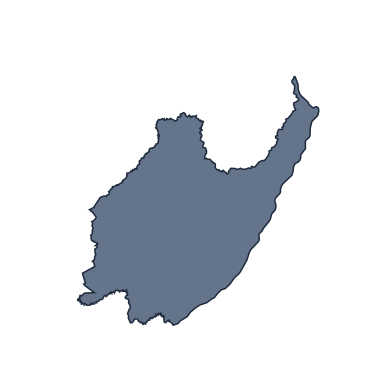 Rorainópolis, Roraima, Brazil (Natural Earth projection), rotated 203°
{"feature_id": "56859067B89406114023210", "entity_name": "Rorainópolis", "entity_type": "district", "adm_level": 2, "iso_a3": "BRA", "parent_name": "Brazil", "parent_adm1": "Roraima", "projection": "natural_earth1", "projection_center": [-60.884, -0.216], "detail": "fine", "context": "isolated", "style": "filled", "palette": "slate", "viewbox_px": 384, "rotation_deg": 203, "n_neighbors": 0, "source": "geoboundaries", "source_scale": "gbopen_adm2", "svg_char_len": 6003}
<svg xmlns="http://www.w3.org/2000/svg" viewBox="0 0 384 384"><g transform="rotate(203 192 192)"><path d="M143.0,338.2L142.9,335.5L143.5,333.9L143.2,332.7L142.4,331.7L139.1,330.0L137.6,326.0L137.1,322.6L133.8,322.1L133.1,320.1L131.1,319.8L130.0,319.3L129.6,318.5L131.4,315.5L133.0,314.0L132.7,312.5L130.3,309.2L128.7,308.5L128.9,307.6L130.7,305.6L130.6,303.2L132.6,297.0L134.1,295.8L133.1,294.2L133.1,292.9L134.5,290.0L133.3,288.0L134.5,286.8L133.3,285.4L133.4,284.7L136.4,283.7L136.7,282.8L136.6,279.3L135.2,277.2L136.6,276.5L136.7,275.3L135.9,274.3L133.3,274.3L133.6,271.2L133.0,269.3L133.9,265.8L135.8,264.2L135.4,261.6L137.1,259.8L136.2,258.2L136.1,255.1L137.1,250.7L137.9,249.1L139.7,248.4L142.1,245.7L143.9,239.6L144.5,239.0L147.0,239.0L147.3,238.5L146.8,236.7L149.3,236.2L150.8,234.6L154.0,232.7L156.5,232.9L159.0,230.5L161.3,230.5L165.3,229.1L165.9,227.9L165.8,226.6L166.5,225.5L165.8,223.6L166.9,222.2L168.2,223.2L169.9,223.2L171.4,224.2L172.1,223.8L172.3,222.3L173.1,222.7L174.7,222.1L176.1,223.1L177.1,222.4L178.0,222.3L180.5,223.8L181.0,226.1L181.8,227.2L183.5,227.4L184.2,227.0L184.8,227.9L186.2,228.0L187.4,228.9L188.6,229.1L190.8,228.1L191.9,228.7L193.1,227.6L194.1,229.2L194.3,230.9L193.8,233.6L194.7,234.5L194.5,235.4L196.8,237.9L199.0,237.3L199.9,238.1L200.2,239.1L199.9,240.7L200.5,242.4L203.9,242.7L204.9,243.4L204.7,244.3L205.3,246.4L204.7,246.7L205.1,248.2L206.3,248.4L206.6,249.5L207.4,248.9L208.2,249.8L207.7,251.8L206.8,252.8L208.1,253.6L209.4,253.3L209.6,253.7L208.4,254.9L209.0,255.9L208.5,257.3L209.2,260.1L208.9,261.1L209.7,261.5L210.4,260.5L211.1,260.9L212.0,260.3L212.3,261.2L211.6,261.6L213.5,260.9L215.1,261.9L216.2,261.7L217.6,262.3L217.8,264.0L219.4,262.5L220.7,262.4L221.2,261.2L222.3,261.3L222.3,260.2L224.5,261.7L225.4,259.3L228.1,260.2L228.6,261.4L230.7,261.8L233.2,258.9L232.9,258.1L231.8,257.4L232.8,256.3L234.1,255.9L234.3,253.6L233.7,252.5L235.7,250.6L237.6,251.2L239.6,251.0L240.3,251.5L241.1,250.7L241.1,250.0L243.1,249.1L243.6,249.8L244.0,249.7L244.3,248.3L245.3,247.3L246.2,248.5L246.7,247.5L247.6,248.1L250.0,245.7L251.0,245.7L251.7,242.7L250.9,242.1L251.4,240.1L250.2,238.6L250.6,237.2L250.0,236.6L249.3,236.9L248.0,235.3L247.1,235.0L245.6,232.0L245.7,231.3L244.8,231.9L244.3,231.7L243.9,230.3L244.8,229.9L244.1,228.0L243.2,227.8L242.9,224.8L242.2,224.1L242.9,222.7L243.9,222.0L243.5,221.4L244.2,220.0L244.2,218.4L247.8,215.5L247.9,213.6L247.2,212.4L248.5,210.7L248.5,209.8L249.6,209.4L250.2,206.1L249.6,205.1L249.8,204.5L251.6,203.7L251.7,201.2L252.6,200.3L251.8,197.9L251.1,197.2L252.3,195.6L252.5,192.9L251.8,191.4L252.2,191.1L252.7,191.7L253.7,191.2L254.1,189.5L255.3,189.4L254.9,187.7L256.2,187.7L256.0,187.1L257.6,184.8L259.3,183.9L258.3,182.5L258.7,181.9L257.9,180.7L258.7,177.9L260.3,175.6L259.8,175.0L260.6,173.1L260.2,173.1L262.7,170.1L262.4,169.8L263.4,168.9L264.1,169.2L265.3,167.0L267.4,165.8L266.8,164.9L266.9,164.0L267.7,163.4L267.7,161.9L268.9,159.9L267.5,158.6L267.5,157.6L269.1,155.7L269.3,154.5L271.3,154.0L274.3,151.3L276.3,140.5L276.1,139.7L279.5,135.7L278.6,135.7L277.4,134.7L276.4,135.0L270.3,131.3L270.2,130.3L271.2,127.6L272.2,125.8L272.7,125.6L271.0,124.0L271.0,122.1L268.8,119.7L268.8,117.3L268.2,116.8L267.6,114.6L268.3,112.5L267.5,112.1L267.0,110.3L265.7,108.4L264.5,107.9L262.8,108.3L262.4,107.6L260.4,108.0L258.6,107.5L260.0,104.9L258.4,105.6L257.7,103.9L259.1,101.3L257.1,97.6L256.2,97.0L256.3,94.4L255.4,92.0L256.6,89.2L255.3,89.1L252.4,85.5L261.1,74.4L254.4,66.3L255.8,65.0L254.1,64.0L242.5,61.2L251.4,57.0L253.3,53.0L254.6,53.2L254.6,51.4L253.9,51.3L253.9,49.2L255.1,49.2L255.0,47.7L254.1,47.4L252.9,49.0L252.0,48.4L252.2,47.2L251.8,46.7L250.7,47.3L250.1,45.6L249.8,45.6L249.7,46.7L249.0,46.9L248.8,46.6L247.8,47.2L247.2,46.0L246.7,47.5L244.9,46.5L241.4,48.2L241.0,48.9L241.3,50.3L240.6,50.8L239.9,49.9L238.0,50.9L238.0,52.6L236.4,52.8L236.8,53.8L235.2,55.1L235.0,56.6L232.9,57.9L232.3,59.5L232.2,62.5L231.0,62.9L230.2,62.2L229.6,63.0L229.8,64.3L229.2,64.7L229.4,65.1L227.8,66.2L228.4,66.2L227.8,68.0L226.6,67.6L227.1,68.3L225.7,68.7L224.8,69.7L224.0,68.7L223.9,69.5L224.4,70.0L223.7,71.1L223.9,71.6L222.3,72.5L221.3,72.1L220.8,72.6L219.5,71.8L219.1,73.1L218.3,73.4L217.7,74.4L217.1,73.7L216.6,74.8L215.9,75.0L215.8,74.0L215.5,74.1L214.4,75.4L213.7,74.4L213.6,75.7L212.6,74.1L211.9,74.0L211.8,72.5L211.1,72.2L211.0,71.8L211.8,71.5L212.4,69.8L212.1,68.5L209.6,68.0L208.7,68.4L207.5,67.3L207.5,65.9L206.5,65.0L206.5,64.5L204.8,63.6L203.4,60.8L204.0,59.5L203.8,54.8L201.9,53.2L201.6,51.7L200.8,50.5L197.6,47.5L195.9,48.5L195.3,50.5L195.6,51.3L194.1,53.5L192.4,53.7L190.7,52.0L189.5,52.4L188.5,51.5L187.7,52.5L186.9,51.9L185.9,52.3L185.5,50.4L184.9,52.4L183.3,52.1L183.0,52.5L183.6,53.8L182.6,54.8L182.8,56.4L181.0,57.5L181.6,58.4L180.6,59.4L181.2,60.0L180.9,60.4L179.6,59.8L178.8,60.4L178.9,61.6L177.8,62.9L177.3,62.5L176.4,63.5L176.8,63.9L176.4,64.9L177.0,65.3L175.1,65.3L175.2,66.0L175.9,66.0L175.2,67.4L173.7,66.7L173.2,68.3L172.5,67.9L172.5,66.4L171.9,66.0L170.9,66.4L170.6,65.5L169.6,65.9L169.6,66.9L169.2,66.8L168.2,63.8L166.8,61.6L166.1,61.2L165.4,61.4L163.6,64.8L162.9,65.1L162.5,63.7L160.8,63.9L158.6,63.0L157.5,62.0L157.0,62.2L153.4,65.6L152.5,68.8L147.7,75.4L146.5,80.8L143.5,86.7L140.6,91.1L135.2,95.8L132.0,101.3L130.2,103.3L128.9,108.5L126.7,113.5L123.6,116.2L121.1,122.0L119.4,129.6L116.7,135.5L116.1,138.9L114.9,150.8L115.6,158.3L115.4,161.8L111.3,172.9L111.6,174.7L113.6,178.6L113.8,179.6L112.3,183.7L112.0,186.7L109.6,195.1L109.3,197.9L110.1,202.9L108.5,207.7L108.7,210.5L110.0,213.3L112.3,216.1L112.8,218.7L110.5,225.2L110.6,226.7L111.7,229.2L111.9,234.1L106.6,246.5L107.1,250.9L108.3,254.4L108.4,257.0L107.7,259.0L105.9,261.1L105.1,263.5L105.1,265.0L106.4,268.8L104.5,276.3L107.5,283.0L107.1,284.8L105.7,287.4L105.3,289.7L108.2,297.4L109.2,303.8L106.1,311.6L106.8,315.6L107.8,317.8L109.1,319.1L111.2,319.0L113.0,317.0L113.7,316.8L118.3,318.2L120.4,320.1L129.1,323.2L130.9,324.2L134.0,327.4L136.5,332.5L141.5,337.8L142.3,338.4L143.0,338.2Z" fill="#64748b" stroke="#1e293b" stroke-width="1.5"/></g></svg>